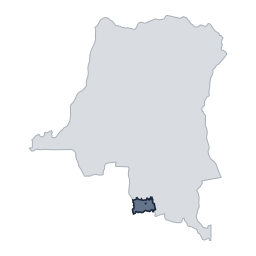 Dilolo, Katanga, Democratic Republic of the Congo shown in context
{"feature_id": "63176286B33518015273847", "entity_name": "Dilolo", "entity_type": "district", "adm_level": 2, "iso_a3": "COD", "parent_name": "Democratic Republic of the Congo", "parent_adm1": "Katanga", "projection": "natural_earth1", "projection_center": [23.36, -10.539], "detail": "fine", "context": "in_parent", "style": "filled", "palette": "slate", "viewbox_px": 256, "rotation_deg": 0, "n_neighbors": 0, "source": "geoboundaries", "source_scale": "gbopen_adm2", "svg_char_len": 7545}
<svg xmlns="http://www.w3.org/2000/svg" viewBox="0 0 256 256"><path d="M221.1,177.4L201.9,180.9L202.3,182.2L202.1,183.5L201.6,184.5L199.7,187.3L196.8,189.8L196.7,190.4L198.2,193.2L199.1,197.1L198.8,203.9L199.2,205.7L199.1,207.2L198.2,208.8L196.2,216.9L197.5,220.9L201.2,224.6L203.4,227.4L207.2,228.3L207.8,228.2L208.0,225.9L211.0,225.0L210.9,239.6L210.7,240.5L210.1,240.6L209.4,240.2L209.2,238.8L208.4,238.2L204.8,240.0L203.8,239.9L202.8,239.6L202.1,238.9L201.9,237.8L199.4,233.5L198.1,233.2L196.7,229.4L191.0,226.6L188.8,226.4L187.7,225.5L186.5,222.5L184.6,220.6L184.2,218.4L183.8,218.1L182.7,218.5L181.7,221.9L180.4,222.7L178.0,222.8L172.1,221.8L168.0,220.1L166.9,220.2L165.2,218.6L164.5,216.0L164.9,214.0L164.6,213.7L158.2,215.4L156.6,216.4L155.2,216.2L154.7,215.6L155.4,214.2L155.1,212.7L154.6,212.0L152.7,211.5L152.1,209.8L150.9,209.6L150.5,209.8L150.3,210.9L149.6,211.3L145.8,210.8L141.8,212.2L136.4,211.8L133.9,213.5L133.5,213.5L133.0,212.6L132.5,209.8L132.8,209.1L133.5,208.5L133.8,207.4L133.6,204.6L133.8,203.9L133.5,202.2L132.7,199.6L131.6,197.5L129.2,194.3L128.7,192.7L128.9,189.1L129.6,183.4L129.5,179.2L128.6,176.4L128.3,173.5L129.0,168.2L128.4,166.9L116.2,166.4L115.7,166.0L115.5,165.3L116.0,162.1L108.6,162.9L106.4,163.5L105.0,164.8L104.6,166.5L104.5,168.8L103.4,171.0L103.1,174.7L101.1,175.1L99.0,175.1L95.1,174.3L91.2,175.4L89.4,176.4L88.4,175.9L84.9,176.3L84.5,176.0L80.5,168.6L78.7,166.2L78.4,165.0L78.5,163.8L78.0,162.3L76.2,158.5L75.8,156.8L75.9,154.0L75.7,153.1L74.0,150.7L72.9,149.9L71.7,149.5L51.9,149.8L45.3,149.4L40.5,149.7L38.1,149.5L37.4,149.1L35.3,149.6L34.1,150.6L32.4,151.1L31.3,150.9L29.3,148.2L32.1,147.7L32.3,147.4L32.4,140.9L31.7,140.0L33.2,138.8L35.6,135.9L37.9,134.9L38.2,134.3L38.8,134.3L39.6,135.6L41.7,137.1L44.2,135.7L44.4,135.4L44.8,132.5L45.4,132.3L46.5,132.9L47.1,132.9L48.2,132.1L51.4,130.7L52.4,132.5L51.5,134.1L51.9,135.3L52.0,137.1L52.5,137.5L55.0,137.7L55.8,137.2L60.8,130.8L62.1,130.0L64.3,127.5L67.1,126.3L68.3,124.3L69.9,120.7L70.6,115.5L70.4,106.4L70.6,105.2L74.0,101.2L77.5,93.8L79.8,91.9L81.6,91.1L84.4,88.4L86.5,85.7L86.2,82.4L86.7,79.7L87.9,76.3L88.3,72.7L87.9,68.8L88.1,65.7L89.7,60.7L89.9,54.9L91.3,50.1L94.2,44.0L95.6,39.5L95.3,35.0L95.7,31.7L95.6,29.7L95.0,28.0L95.3,27.0L96.4,26.5L97.8,24.8L100.2,20.4L102.9,18.3L104.7,17.6L106.6,17.6L107.9,18.0L109.9,19.8L112.2,21.2L113.9,22.9L115.6,25.6L119.8,26.1L121.5,27.1L122.6,27.5L123.0,27.2L123.9,27.4L125.8,28.2L127.3,27.7L135.0,29.5L135.8,28.6L138.0,24.0L139.5,22.4L142.2,22.3L144.2,23.1L145.3,23.1L154.6,19.2L155.8,19.0L159.2,19.9L161.4,19.3L162.3,19.5L164.3,18.8L165.8,16.0L167.1,15.4L180.5,18.4L182.6,16.9L183.6,16.7L186.6,17.8L187.5,19.5L189.3,21.0L190.6,23.4L192.6,24.7L193.6,26.0L194.8,26.9L197.2,27.2L200.3,25.0L202.5,25.3L204.7,26.4L205.5,26.4L207.1,25.1L208.0,23.8L208.8,23.5L210.1,24.1L211.2,25.3L212.1,27.2L215.5,31.3L218.8,33.1L219.6,35.6L220.8,35.4L221.4,35.6L222.2,37.2L222.8,37.5L222.9,38.2L222.1,39.7L221.3,42.6L222.3,44.4L221.5,47.0L221.1,49.6L222.1,50.3L223.5,50.3L224.7,51.6L225.7,51.9L226.7,53.3L226.5,54.6L223.3,58.9L218.5,64.2L216.9,64.9L216.0,65.9L215.4,67.4L214.0,68.7L213.0,69.3L212.9,73.1L211.2,77.1L210.6,77.9L209.7,84.4L209.9,85.5L209.0,90.8L209.2,95.8L206.8,97.3L205.2,99.7L204.5,101.4L204.5,105.4L201.9,107.9L201.7,108.5L202.3,111.3L203.3,111.7L203.3,112.7L205.5,115.7L205.3,125.1L205.4,126.0L206.6,128.2L207.3,132.5L206.5,137.9L209.4,147.8L208.0,151.4L208.7,154.9L210.4,158.5L214.5,162.1L215.6,163.6L216.6,165.5L217.6,168.6L221.1,177.4Z" fill="#d9dde1" stroke="#a8b0b8" stroke-width="1"/><path d="M151.4,197.2L151.2,197.2L150.8,197.0L150.7,197.1L150.7,197.4L150.7,197.5L150.8,197.6L151.0,197.8L151.1,198.0L151.0,198.4L151.1,198.5L151.3,198.6L151.1,199.0L150.4,197.6L150.4,198.1L150.4,198.4L150.5,198.6L150.7,198.9L150.7,199.1L150.7,199.3L149.8,199.4L149.6,199.3L149.5,199.2L149.4,199.0L149.2,199.3L149.2,199.5L149.0,200.0L148.9,200.0L148.8,199.9L148.7,199.7L148.6,199.2L148.1,198.8L147.7,199.2L147.3,199.1L147.3,198.9L147.3,198.5L147.3,198.3L147.1,198.1L146.9,198.4L146.7,198.7L146.6,199.1L146.4,200.0L146.1,200.2L145.9,200.3L145.7,200.1L145.4,200.1L144.9,200.0L144.8,199.9L144.6,200.0L144.4,200.0L144.1,200.1L143.9,200.1L143.7,200.3L143.4,200.3L142.8,200.3L142.7,200.2L142.4,200.2L142.0,199.8L142.0,199.7L141.9,199.4L141.7,199.2L141.4,198.8L141.3,199.0L141.3,199.3L141.2,199.4L141.2,199.5L141.0,199.8L140.4,199.7L140.2,199.7L139.8,199.7L139.6,199.6L139.1,199.6L138.9,199.4L138.3,199.3L138.1,198.8L138.0,198.7L137.7,198.6L137.1,197.8L137.0,197.6L136.8,197.7L136.7,197.7L136.4,197.8L136.3,198.0L136.3,198.4L136.4,199.0L136.1,199.3L135.9,199.5L135.5,199.6L134.7,199.8L134.1,199.8L133.5,200.4L133.3,200.3L132.9,200.1L133.0,200.5L132.9,200.7L133.0,200.8L132.9,201.0L133.1,201.3L133.1,201.5L133.2,201.8L133.2,202.0L133.3,202.3L133.1,202.6L133.3,202.8L133.6,202.8L133.8,203.1L133.9,203.6L134.0,203.8L134.0,204.2L133.9,204.3L133.8,204.5L133.7,204.7L133.7,205.1L133.5,205.3L133.9,205.6L133.9,205.8L133.9,206.1L133.9,206.3L133.9,207.0L134.0,207.4L134.0,207.6L134.0,207.9L134.1,208.0L134.0,208.4L133.9,208.5L133.7,208.5L133.6,208.4L133.4,208.7L133.1,208.8L132.8,209.2L132.6,209.2L132.5,209.4L132.5,209.5L132.4,209.6L132.5,209.8L132.5,210.0L132.7,210.3L132.8,210.5L132.8,211.1L132.8,211.3L132.9,211.6L132.9,212.0L132.9,212.4L133.0,212.5L133.2,212.8L133.3,212.9L133.4,213.1L133.4,213.3L133.4,213.5L133.3,213.9L133.5,214.1L133.8,214.1L133.9,213.9L134.1,213.6L134.2,213.3L134.3,213.3L134.5,213.3L135.1,213.3L135.2,213.2L135.3,213.1L135.5,212.9L135.7,212.7L135.8,212.6L135.8,212.3L135.7,212.1L135.7,211.9L135.8,211.8L135.9,211.6L136.2,211.6L136.3,211.6L136.5,211.5L136.9,211.8L137.4,212.1L137.8,212.3L138.1,212.5L138.3,212.5L138.8,212.5L138.9,212.4L139.0,212.1L139.3,212.1L139.5,211.9L140.0,212.1L140.5,212.3L141.0,212.3L141.3,212.5L141.7,212.6L141.8,212.6L142.0,212.6L142.4,212.3L142.5,212.3L142.9,212.4L143.0,212.4L143.3,212.2L143.6,211.9L143.8,211.7L144.4,211.2L144.5,211.2L144.7,210.9L144.9,210.7L145.3,210.5L145.5,210.4L146.2,210.5L146.5,210.6L146.7,210.8L146.9,211.0L147.0,211.1L147.5,211.0L147.8,211.2L148.1,211.2L148.3,211.2L148.5,211.1L148.8,211.1L149.0,211.2L149.2,211.4L149.4,211.5L149.5,211.5L149.8,211.5L150.0,211.3L150.1,211.2L150.2,210.9L150.4,210.8L150.7,210.6L150.9,210.4L151.0,210.2L151.1,209.9L151.3,209.8L151.7,209.8L151.9,209.8L152.0,209.9L152.3,210.0L152.5,210.0L152.6,210.3L152.5,210.5L152.8,210.8L152.8,211.1L152.7,211.2L152.6,211.4L152.7,211.5L153.0,211.7L153.1,211.3L153.0,211.2L153.3,210.9L153.7,210.9L153.8,210.8L153.9,210.6L154.0,210.4L154.0,210.1L154.0,209.9L154.3,209.8L154.5,209.8L154.8,209.8L155.1,209.9L155.3,209.7L155.5,209.5L155.4,209.4L155.4,209.2L155.4,208.9L155.4,208.7L155.3,208.4L155.2,208.4L155.1,208.2L155.0,207.8L155.0,207.7L154.9,207.4L154.9,207.2L154.8,207.3L154.8,207.0L154.8,206.9L154.7,206.8L154.7,206.7L154.5,206.4L154.5,206.2L154.5,205.9L154.5,205.7L154.4,205.6L154.4,205.4L154.5,205.3L154.5,205.2L154.5,204.9L154.5,204.6L154.3,204.4L154.3,204.2L154.3,203.9L154.3,203.7L154.2,203.7L154.0,203.8L153.8,203.8L153.8,203.7L153.5,203.6L153.4,203.5L153.5,203.3L153.5,203.2L153.4,203.1L153.1,203.1L152.9,203.0L152.8,202.9L152.7,202.6L152.6,202.4L152.6,202.2L152.8,201.9L152.8,201.7L152.7,201.6L152.5,201.3L152.4,201.1L152.4,200.6L152.8,200.3L152.8,200.1L152.8,199.8L152.7,199.8L152.5,199.6L152.5,199.4L152.4,199.2L152.2,199.0L152.2,198.6L152.3,198.4L152.4,198.2L152.2,198.0L151.9,197.9L151.6,197.9L151.5,197.7L151.5,197.4L151.6,197.2L151.4,197.2ZM145.8,203.3L145.8,203.5L145.7,203.7L145.4,203.5L145.5,203.4L145.8,203.3Z" fill="#64748b" stroke="#1e293b" stroke-width="1.5"/></svg>